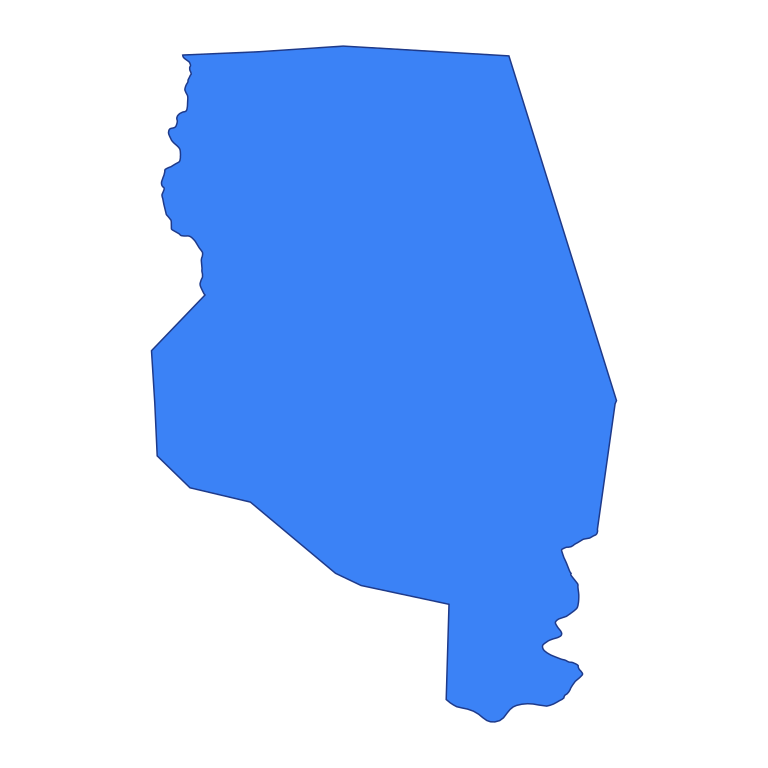 Reitoca, Francisco Morazán, Honduras
{"feature_id": "27666195B70397594739312", "entity_name": "Reitoca", "entity_type": "district", "adm_level": 2, "iso_a3": "HND", "parent_name": "Honduras", "parent_adm1": "Francisco Morazán", "projection": "albers", "projection_center": [-87.44, 13.839], "detail": "fine", "context": "isolated", "style": "filled", "palette": "blue", "viewbox_px": 768, "rotation_deg": 0, "n_neighbors": 0, "source": "geoboundaries", "source_scale": "gbopen_adm2", "svg_char_len": 6052}
<svg xmlns="http://www.w3.org/2000/svg" viewBox="0 0 768 768"><path d="M563.9,697.9L564.0,697.2L564.2,696.5L564.5,695.9L564.9,695.3L565.2,695.0L565.5,694.7L566.0,694.5L566.7,694.1L567.1,693.8L567.9,692.9L568.6,692.1L569.2,691.2L569.8,690.2L570.2,689.4L570.7,688.1L571.1,687.4L572.6,685.0L574.5,682.4L575.2,681.4L575.7,681.0L576.1,680.6L577.8,679.2L579.0,678.2L580.4,676.9L582.1,675.1L582.4,674.7L582.5,674.4L582.6,673.9L582.4,673.4L582.2,672.9L581.3,671.7L580.7,670.9L579.6,669.8L579.1,669.1L578.5,667.9L578.3,667.3L578.2,666.8L578.2,666.1L578.2,665.7L577.9,665.3L577.4,664.9L576.7,664.4L575.6,663.8L574.4,663.3L572.9,662.6L572.4,662.5L571.9,662.3L571.1,662.3L570.3,662.2L569.7,662.2L569.2,662.1L568.6,661.9L567.7,661.5L566.3,660.7L565.5,660.3L564.3,659.9L562.0,659.4L560.5,658.9L555.1,656.8L551.7,655.4L551.0,655.1L549.7,654.4L548.0,653.4L547.0,652.8L545.1,651.3L544.3,650.7L543.9,650.1L543.5,649.7L543.2,649.1L542.9,648.5L542.7,648.0L542.6,647.4L542.5,646.8L542.5,646.3L542.6,645.7L542.7,645.4L542.9,645.0L543.4,644.4L544.1,643.8L545.3,642.9L546.6,642.0L548.2,640.9L549.6,640.2L552.8,639.0L553.8,638.7L556.7,637.9L558.1,637.4L559.1,636.9L559.8,636.5L560.5,636.1L560.9,635.7L561.2,635.3L561.4,635.0L561.5,634.6L561.6,634.3L561.7,633.9L561.7,633.5L561.6,633.1L561.5,632.7L561.0,631.6L560.6,630.9L559.9,630.0L558.9,628.8L558.0,627.7L556.9,626.0L556.0,624.5L555.6,623.7L555.5,623.3L555.4,623.0L555.4,622.3L555.5,622.1L555.6,621.7L556.1,621.1L556.6,620.5L557.9,619.5L558.7,619.0L559.4,618.7L566.5,616.3L566.9,616.0L571.3,612.9L574.1,610.8L575.6,609.5L576.5,608.7L577.0,608.0L577.4,607.3L577.7,606.3L578.0,605.3L578.1,604.5L578.5,602.2L578.7,599.9L578.8,597.1L578.8,594.9L578.7,593.8L578.6,592.7L578.2,589.7L578.0,588.0L577.9,586.7L578.0,585.1L577.9,584.5L577.7,584.0L577.5,583.6L575.4,580.9L572.3,577.0L571.3,575.7L570.9,575.0L570.8,574.5L570.7,574.1L570.8,573.8L571.1,573.4L570.2,572.2L569.8,571.6L569.6,571.1L566.5,563.2L565.2,560.3L564.3,558.4L563.9,557.6L562.8,554.4L561.9,551.6L561.6,550.7L561.6,550.1L561.6,549.9L561.7,549.7L561.9,549.4L562.1,549.2L562.7,548.9L564.5,548.0L566.0,547.4L566.8,547.2L568.3,547.2L570.0,546.9L571.0,546.7L571.6,546.4L572.4,545.9L573.0,545.6L574.2,544.6L575.0,544.1L575.6,543.7L577.2,542.9L578.7,542.0L582.5,539.7L583.2,539.3L583.9,539.1L584.9,538.9L588.9,538.2L589.7,538.0L590.3,537.7L593.6,535.8L595.3,535.1L595.7,534.9L596.2,534.4L596.6,534.0L596.9,533.4L597.2,532.9L597.4,531.9L597.6,531.1L597.5,530.2L597.4,529.3L615.1,403.8L616.5,400.6L508.9,55.9L343.2,46.1L256.0,51.9L183.3,55.0L182.7,55.1L182.9,56.0L183.0,56.5L183.2,56.9L183.5,57.4L184.4,58.4L185.2,59.0L188.5,61.4L188.9,61.7L189.2,62.0L189.8,63.0L190.2,64.0L190.5,64.9L190.5,65.4L190.5,65.8L190.4,66.1L189.9,66.9L189.7,67.4L189.7,68.1L189.7,69.1L189.8,69.7L189.9,70.3L190.1,70.8L190.7,72.0L191.0,73.0L191.2,73.8L191.2,74.2L191.0,74.5L190.4,75.2L190.2,75.6L189.2,77.7L188.4,79.2L188.1,79.9L188.0,80.4L188.0,81.3L187.9,81.8L187.6,82.6L186.9,83.7L186.5,84.3L185.7,86.1L185.4,87.0L185.2,87.7L185.0,88.6L184.9,89.1L184.9,90.0L185.1,90.6L186.0,92.7L187.4,95.3L187.6,95.9L187.7,96.6L187.8,97.6L187.8,98.8L187.6,102.4L187.5,105.0L187.4,106.5L187.1,108.4L186.9,109.4L186.6,110.2L186.4,110.5L186.2,110.8L185.8,111.2L185.2,111.5L184.7,111.7L183.4,111.9L182.6,112.1L182.0,112.4L180.4,113.2L179.7,113.6L179.1,114.1L178.4,114.8L177.8,115.5L177.4,116.1L177.2,116.7L176.9,117.5L176.8,118.2L176.8,118.7L176.9,119.2L177.0,119.7L177.2,120.3L177.3,120.9L177.3,121.5L177.2,122.2L177.0,123.3L176.6,124.5L176.3,125.4L175.9,126.2L175.7,126.6L175.4,126.9L175.0,127.2L174.7,127.4L173.8,127.8L173.0,128.0L172.5,128.1L171.5,128.3L171.0,128.4L170.2,128.7L169.7,129.1L169.2,129.7L169.1,130.0L168.9,130.4L168.7,131.3L168.5,132.5L168.6,133.4L168.7,133.9L168.8,134.2L169.5,136.0L170.7,138.5L171.3,139.8L171.7,140.5L172.1,141.0L172.6,141.6L173.7,142.8L174.8,143.8L177.0,145.7L178.6,147.3L179.2,148.1L179.7,148.9L180.0,149.7L180.2,150.6L180.3,151.3L180.4,152.7L180.5,154.8L180.4,156.4L180.4,157.8L180.2,159.1L180.0,160.1L179.9,160.6L179.7,161.0L179.4,161.5L179.0,161.9L178.7,162.2L175.7,163.8L173.7,165.0L172.1,166.0L171.2,166.6L170.8,166.8L169.3,167.3L168.6,167.6L167.7,168.0L166.9,168.4L165.5,169.2L165.2,169.4L165.0,169.8L164.9,170.0L164.8,170.5L164.8,171.5L164.7,172.1L164.1,174.7L163.8,175.6L163.0,177.6L162.4,179.4L161.7,181.4L161.5,182.3L161.5,183.0L161.5,183.9L161.7,184.6L161.9,185.4L162.2,185.9L162.6,186.6L162.9,186.9L163.5,187.2L163.8,187.5L164.0,188.0L164.2,188.6L164.1,189.4L163.9,190.0L163.2,191.8L162.4,193.6L162.1,194.3L162.0,194.8L162.0,195.6L162.1,196.1L162.2,196.8L162.7,198.4L162.9,199.3L163.8,204.1L166.3,214.4L166.4,214.6L166.6,214.9L167.6,216.0L168.4,216.9L170.7,219.8L171.0,220.2L171.1,220.6L171.2,221.3L171.3,222.1L171.4,228.4L171.5,229.0L171.7,229.3L172.1,229.7L172.5,230.0L175.3,231.6L178.8,233.6L179.5,234.1L180.4,235.1L180.7,235.3L181.0,235.5L181.7,235.7L184.2,236.0L185.8,236.0L187.7,235.9L188.6,236.0L189.3,236.2L189.9,236.4L190.6,236.8L191.5,237.4L192.3,238.1L193.4,239.2L194.4,240.3L195.3,241.4L195.8,242.2L196.7,243.7L198.1,246.0L199.2,247.8L200.2,249.1L201.5,250.8L202.1,251.7L202.4,252.3L202.6,252.9L202.6,253.4L202.6,254.3L202.5,255.1L202.4,255.7L202.3,256.4L202.1,256.9L201.7,257.9L201.6,258.4L201.4,259.3L201.3,260.5L202.0,268.2L202.0,268.8L201.9,270.1L201.9,271.0L202.0,271.8L202.3,273.1L202.5,274.1L202.5,275.0L202.5,276.3L202.5,276.9L202.3,277.6L202.0,278.2L201.5,279.2L201.2,279.9L200.8,281.0L200.5,282.0L200.3,282.7L200.1,283.3L200.1,284.1L200.1,284.7L200.2,285.3L200.3,285.8L200.7,286.9L201.3,288.3L202.7,291.2L203.8,293.4L204.1,293.9L205.0,295.0L151.5,350.7L154.8,403.4L157.2,455.9L190.0,487.8L250.4,502.1L335.5,573.3L361.1,585.5L449.0,604.3L446.2,699.5L450.3,702.9L453.4,704.9L456.7,706.7L461.8,707.9L467.6,709.1L473.5,711.2L478.6,714.2L482.7,717.6L486.8,720.5L490.5,721.8L494.9,721.9L499.7,720.6L503.5,717.8L507.3,712.8L510.1,709.4L513.2,706.9L516.6,705.4L521.9,704.2L527.6,703.7L533.1,704.0L538.7,705.0L546.7,706.1L550.0,705.3L553.5,704.0L556.7,702.3L559.6,700.6L562.0,699.4L563.9,697.9Z" fill="#3b82f6" stroke="#1e3a8a" stroke-width="1.5"/></svg>